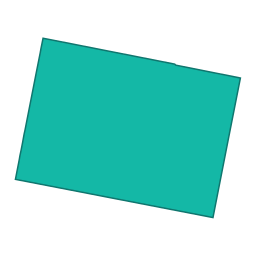 the district of Gage, Nebraska, United States of America, rotated 101°
{"feature_id": "52423323B4603468379444", "entity_name": "Gage", "entity_type": "district", "adm_level": 2, "iso_a3": "USA", "parent_name": "United States of America", "parent_adm1": "Nebraska", "projection": "robinson", "projection_center": [-96.689, 40.262], "detail": "fine", "context": "isolated", "style": "filled", "palette": "teal", "viewbox_px": 256, "rotation_deg": 101, "n_neighbors": 0, "source": "geoboundaries", "source_scale": "gbopen_adm2", "svg_char_len": 456}
<svg xmlns="http://www.w3.org/2000/svg" viewBox="0 0 256 256"><g transform="rotate(101 128 128)"><path d="M91.3,228.6L149.5,228.7L153.3,228.8L155.0,228.8L162.4,228.7L162.7,228.7L165.8,228.7L170.0,228.7L176.0,228.8L179.7,228.7L197.9,228.7L198.6,228.7L199.9,228.7L199.8,128.0L199.7,27.5L122.6,27.4L57.5,27.2L57.2,93.2L56.4,94.3L56.1,228.5L67.6,228.6L68.3,228.5L69.3,228.6L69.7,228.5L91.3,228.6Z" fill="#14b8a6" stroke="#0f766e" stroke-width="1.5"/></g></svg>